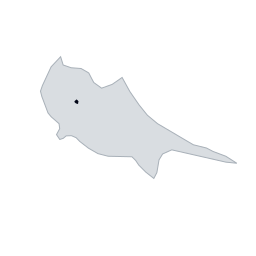 Agios Dimitrios, Limassol, Cyprus shown in context, rotated 49°
{"feature_id": "46923920B1623622106309", "entity_name": "Agios Dimitrios", "entity_type": "district", "adm_level": 2, "iso_a3": "CYP", "parent_name": "Cyprus", "parent_adm1": "Limassol", "projection": "orthographic", "projection_center": [32.808, 34.92], "detail": "fine", "context": "in_parent", "style": "filled", "palette": "ink", "viewbox_px": 256, "rotation_deg": 49, "n_neighbors": 0, "source": "geoboundaries", "source_scale": "gbopen_adm2", "svg_char_len": 1296}
<svg xmlns="http://www.w3.org/2000/svg" viewBox="0 0 256 256"><g transform="rotate(49 128 128)"><path d="M180.6,135.5L183.0,141.6L173.1,143.5L163.1,144.2L157.5,143.5L152.3,143.9L136.3,161.5L127.6,167.5L117.2,171.1L106.6,173.2L101.3,173.5L96.7,175.7L93.4,179.8L93.3,183.7L91.9,187.0L86.1,186.3L83.7,180.0L79.5,177.2L69.2,178.6L64.2,178.5L47.8,172.4L42.8,169.9L39.8,164.7L31.4,145.9L30.0,132.1L37.9,135.6L45.2,131.4L52.3,124.4L60.7,121.5L66.0,122.8L71.2,124.0L80.6,121.8L84.7,111.3L86.0,99.3L101.8,102.7L117.9,104.5L131.0,105.0L144.0,102.9L183.5,89.7L194.6,81.9L201.5,79.2L213.5,72.7L226.0,69.0L218.0,76.5L173.2,109.3L170.3,118.9L172.4,125.5L178.9,133.4L180.6,135.5Z" fill="#d9dde1" stroke="#a8b0b8" stroke-width="1"/><path d="M73.4,150.3L73.5,150.3L73.7,150.5L73.8,150.6L74.0,150.6L74.3,150.5L74.5,150.5L74.8,150.5L74.9,150.4L75.0,150.3L75.1,150.2L75.3,150.1L75.5,150.0L75.8,150.1L76.0,150.0L76.0,149.8L75.6,149.5L75.5,149.3L75.4,149.3L75.3,149.0L75.1,148.9L75.0,148.7L74.8,148.7L74.7,148.6L74.4,148.5L74.5,148.5L74.4,148.5L74.2,148.6L74.2,148.8L74.3,148.8L74.2,148.9L74.0,149.0L73.9,149.0L74.0,149.1L74.1,149.3L74.3,149.3L74.3,149.5L74.2,149.4L74.2,149.5L73.9,149.7L73.7,149.7L73.6,149.8L73.7,150.0L73.5,150.3L73.4,150.2L73.4,150.3Z" fill="#0f172a" stroke="#020617" stroke-width="1.5"/></g></svg>